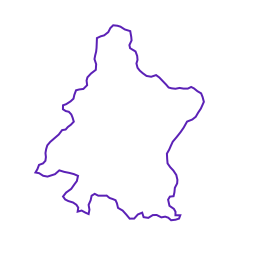 the district of Astolfo Dutra, Minas Gerais, Brazil, rotated 197°
{"feature_id": "56859067B65913887503429", "entity_name": "Astolfo Dutra", "entity_type": "district", "adm_level": 2, "iso_a3": "BRA", "parent_name": "Brazil", "parent_adm1": "Minas Gerais", "projection": "mercator", "projection_center": [-42.877, -21.322], "detail": "fine", "context": "isolated", "style": "outline", "palette": "violet", "viewbox_px": 256, "rotation_deg": 197, "n_neighbors": 0, "source": "geoboundaries", "source_scale": "gbopen_adm2", "svg_char_len": 1990}
<svg xmlns="http://www.w3.org/2000/svg" viewBox="0 0 256 256"><g transform="rotate(197 128 128)"><path d="M151.7,33.3L148.2,35.5L144.0,34.6L140.5,34.2L141.0,38.6L143.2,43.0L142.6,48.0L143.0,52.6L140.6,55.3L136.7,54.6L132.7,55.8L128.6,57.1L125.2,55.7L121.9,55.6L118.8,55.3L116.6,52.8L114.2,48.7L109.0,47.5L104.3,44.7L99.9,41.8L95.6,43.2L93.3,48.2L89.7,51.2L87.0,47.3L82.3,48.0L78.8,52.0L75.1,53.2L70.0,52.3L66.5,54.1L63.3,54.0L59.8,52.4L55.7,54.2L52.7,56.3L52.5,59.8L57.1,58.4L58.1,61.8L60.5,64.1L65.6,65.7L68.7,71.2L67.9,74.6L64.5,76.1L64.8,80.0L65.7,84.5L64.8,89.4L65.6,92.9L68.1,97.2L72.2,100.6L76.2,102.9L79.8,105.7L81.5,109.9L83.3,114.9L82.3,119.3L81.8,123.7L81.2,128.0L78.8,133.6L76.6,139.2L74.9,144.5L73.4,151.4L69.0,154.9L66.5,158.5L65.4,163.2L64.0,167.9L63.1,175.2L65.7,179.4L68.2,182.5L72.4,183.5L76.6,185.2L79.6,185.7L82.3,183.2L86.5,181.9L90.4,181.4L94.1,179.4L97.9,178.7L101.0,178.6L104.3,180.7L108.8,183.2L112.9,185.5L116.6,186.8L120.8,183.8L125.5,183.2L129.9,184.7L133.5,186.3L136.5,188.4L138.8,192.2L138.8,195.9L140.3,199.6L143.2,203.4L149.3,204.9L150.9,207.7L150.2,212.8L151.5,216.0L154.2,221.3L159.9,221.3L164.8,222.7L168.0,222.7L172.2,221.9L174.1,218.4L174.9,213.9L177.9,209.6L180.9,207.7L184.0,204.9L182.8,200.4L181.5,195.4L180.8,191.7L180.6,187.7L180.2,184.1L177.1,179.7L175.8,174.2L179.3,169.3L181.6,164.6L181.5,161.3L179.6,157.0L182.1,152.3L185.9,150.6L188.7,148.9L189.0,144.0L188.7,140.1L190.7,136.7L194.1,132.7L196.8,130.7L195.7,126.9L192.5,126.0L189.3,126.2L186.2,124.4L184.0,121.7L181.7,118.2L183.6,114.4L185.8,111.4L187.2,108.3L190.4,106.7L192.3,101.5L195.4,96.6L198.3,92.0L200.1,87.8L200.1,83.8L199.6,79.9L198.0,76.2L197.4,72.5L198.9,69.3L202.3,66.7L202.6,62.2L203.5,58.4L199.8,58.8L195.1,57.5L190.8,58.0L187.9,60.0L184.3,62.5L181.3,67.4L176.1,67.4L171.1,67.9L166.3,68.1L161.8,67.6L161.4,62.3L162.8,58.4L164.5,53.2L168.3,48.2L170.1,43.5L167.2,41.3L163.8,40.7L158.8,40.7L154.9,39.5L152.3,37.3L151.7,33.3Z" fill="none" stroke="#5b21b6" stroke-width="2"/></g></svg>